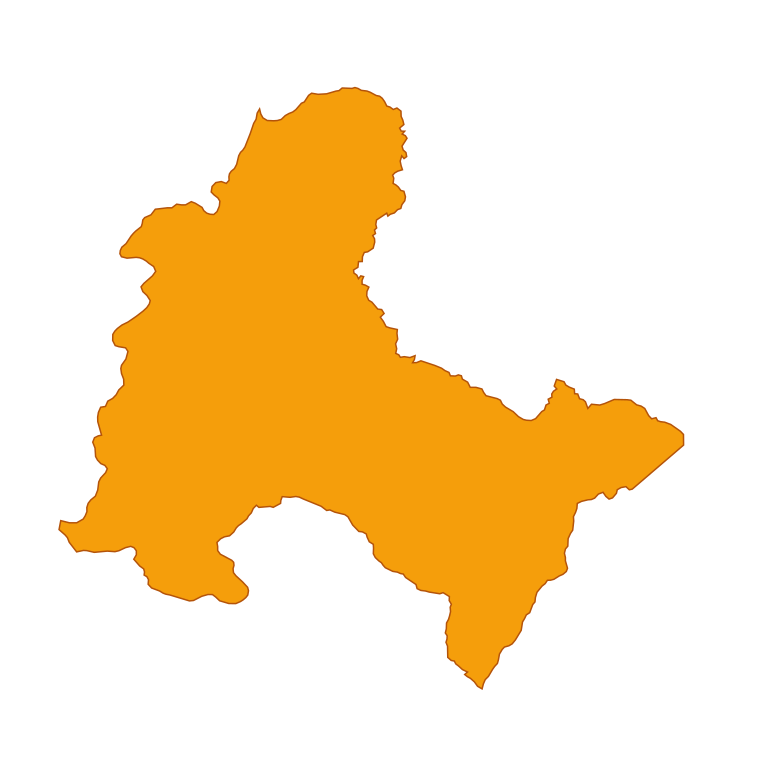 the district of Cocalzinho de Goiás, Goiás, Brazil, rotated 7°
{"feature_id": "56859067B84451242980158", "entity_name": "Cocalzinho de Goiás", "entity_type": "district", "adm_level": 2, "iso_a3": "BRA", "parent_name": "Brazil", "parent_adm1": "Goiás", "projection": "albers", "projection_center": [-48.592, -15.636], "detail": "fine", "context": "isolated", "style": "filled", "palette": "amber", "viewbox_px": 768, "rotation_deg": 7, "n_neighbors": 0, "source": "geoboundaries", "source_scale": "gbopen_adm2", "svg_char_len": 6150}
<svg xmlns="http://www.w3.org/2000/svg" viewBox="0 0 768 768"><g transform="rotate(7 384 384)"><path d="M688.8,408.1L687.4,397.6L684.0,394.8L673.5,389.2L667.3,387.7L663.1,387.7L660.1,387.1L658.1,384.3L653.9,385.9L650.5,383.1L645.8,376.5L641.9,374.6L637.3,373.9L631.0,370.0L627.2,370.0L614.4,371.3L605.4,376.5L600.7,378.6L592.4,378.8L589.3,383.4L586.1,377.1L583.6,375.3L579.9,374.8L577.5,370.3L574.4,370.4L573.5,365.9L568.2,364.5L564.6,362.9L562.4,359.8L554.7,358.4L553.2,365.3L556.1,367.9L553.1,370.5L551.7,373.5L552.3,376.6L548.8,379.1L550.4,383.0L547.4,385.1L546.4,390.2L543.9,392.2L538.7,399.9L534.6,402.3L529.8,402.6L526.5,402.2L521.4,400.0L515.6,395.7L507.4,392.1L503.8,389.5L501.5,385.9L498.1,384.7L486.7,383.2L483.9,380.2L481.8,377.0L475.6,376.1L470.0,376.8L466.8,372.0L461.2,369.6L459.8,366.4L456.7,365.9L453.9,367.4L448.9,367.8L447.1,364.6L442.9,363.3L439.2,361.3L432.2,359.4L417.8,356.5L413.7,358.8L409.8,359.4L411.2,356.0L411.4,352.1L406.5,354.6L400.8,354.4L397.0,355.5L395.1,353.2L391.9,352.2L392.3,347.5L390.6,342.7L392.1,337.8L390.7,332.2L390.6,328.3L382.9,327.6L379.1,326.8L375.8,322.0L372.2,318.1L375.5,314.0L372.6,310.4L368.7,310.4L362.1,304.3L358.6,302.7L356.1,298.6L355.8,294.2L357.2,289.7L353.6,288.2L350.1,287.6L349.6,283.8L350.7,279.9L347.8,279.5L345.8,282.6L343.8,279.3L340.6,277.5L339.9,274.5L343.9,271.3L343.8,265.6L347.5,265.1L347.1,260.3L348.4,255.8L351.7,254.8L356.7,250.5L357.5,244.3L356.9,241.0L354.7,238.0L357.2,235.7L355.8,232.3L357.7,230.0L356.4,226.7L356.6,222.1L365.9,214.1L367.4,216.9L369.5,214.8L373.5,212.9L376.2,209.3L379.3,207.7L379.9,203.8L382.3,199.6L382.5,195.6L380.3,190.3L377.0,189.8L374.3,186.8L371.6,185.0L368.6,183.8L368.6,178.5L367.1,175.7L368.9,173.2L371.7,171.1L376.2,169.1L374.3,165.0L372.9,160.8L373.8,155.4L376.4,157.8L378.8,155.5L377.6,151.6L374.5,149.4L372.9,145.7L376.9,137.3L374.9,134.9L371.6,133.7L373.7,130.6L370.3,130.9L368.3,128.1L372.1,124.0L370.5,119.8L368.4,116.3L367.6,111.1L363.2,108.5L359.7,110.4L356.2,108.4L352.9,107.8L350.2,103.7L347.4,100.6L344.6,98.9L341.1,98.6L334.7,96.1L331.4,95.3L325.7,95.3L322.1,93.8L319.0,93.3L316.3,94.5L306.4,95.3L303.6,98.3L300.7,99.1L291.6,103.0L283.3,104.5L276.7,104.2L274.0,106.7L270.5,113.8L267.8,115.4L263.1,122.4L260.2,125.2L256.7,127.1L253.3,129.6L249.8,133.9L246.0,135.5L242.4,136.2L236.0,136.7L231.4,134.6L228.8,131.0L227.0,126.2L225.1,130.6L224.8,136.8L222.9,141.2L220.7,151.8L217.1,165.7L215.3,169.2L213.4,171.5L212.0,175.1L211.0,183.9L209.3,188.4L206.4,191.5L205.0,194.2L204.8,197.2L205.4,200.7L203.0,204.1L197.8,202.9L192.5,204.6L189.3,208.9L189.1,214.5L192.2,217.0L196.4,219.5L198.8,222.5L198.9,227.5L197.3,233.2L194.4,236.5L190.7,236.7L187.2,236.0L184.0,233.9L181.9,230.9L174.7,227.6L170.5,226.5L165.2,230.4L161.2,230.9L156.3,230.8L152.0,235.0L147.2,235.6L135.7,238.4L132.1,244.5L126.2,248.0L124.6,250.6L124.5,254.2L123.9,257.4L119.0,262.4L117.0,264.9L115.0,267.9L110.9,276.1L107.1,280.2L106.0,283.6L106.0,286.9L107.9,289.7L113.6,290.4L122.6,288.5L126.1,288.5L129.4,289.3L133.2,291.0L136.0,292.9L141.1,295.5L143.7,300.0L141.0,304.9L133.4,313.4L131.0,317.2L133.4,321.7L138.0,325.1L141.8,329.7L141.3,333.2L139.2,337.2L136.0,341.0L129.8,347.1L122.2,353.8L116.7,357.4L112.6,361.4L110.4,364.3L108.8,367.8L109.4,373.9L112.5,378.6L116.2,379.3L123.1,379.6L125.9,382.9L124.8,390.7L121.2,397.4L120.9,400.7L122.2,405.6L125.0,410.9L125.9,416.8L121.5,422.2L119.5,427.3L116.4,431.4L111.9,434.7L110.3,440.2L105.6,441.6L104.0,447.0L103.8,451.7L104.5,456.3L109.9,469.2L106.7,470.3L103.2,472.6L102.0,477.2L105.0,482.8L106.6,491.2L108.9,494.4L112.6,497.5L116.9,498.8L119.7,501.8L118.5,505.9L114.2,511.9L112.8,516.0L112.8,524.1L111.2,530.5L107.1,534.8L104.9,538.5L104.1,542.8L104.7,546.9L103.5,551.3L101.9,554.7L95.9,559.2L88.7,560.1L79.8,559.0L79.2,568.1L85.9,572.7L88.5,575.1L90.9,579.5L99.4,588.1L106.0,585.8L109.4,585.6L116.9,586.4L129.7,583.6L137.4,583.2L141.2,581.8L147.4,577.9L152.4,576.0L155.8,576.9L158.5,579.7L159.0,583.7L157.0,588.4L163.7,594.4L168.0,596.8L169.2,599.7L169.2,602.9L172.1,604.1L174.1,606.9L174.3,611.5L178.2,614.8L186.5,616.8L190.2,618.5L193.1,619.2L197.2,619.5L217.3,623.0L221.3,622.1L229.0,616.9L234.9,614.4L239.4,613.9L243.0,616.0L247.3,619.2L256.8,620.8L263.7,620.0L268.1,617.4L270.5,615.4L272.9,612.8L274.5,610.1L274.7,605.7L273.4,602.4L267.8,597.7L260.4,592.4L257.6,589.6L256.7,585.7L257.2,582.3L256.5,579.3L254.3,577.5L242.3,572.9L239.2,569.6L238.7,565.5L237.5,561.6L240.7,557.5L244.3,555.1L249.2,553.5L252.9,549.2L254.9,544.8L256.8,542.3L259.4,540.0L264.4,534.5L265.6,531.4L268.0,528.1L269.4,523.5L272.1,519.9L274.9,521.7L285.9,519.4L289.1,519.9L295.9,515.1L295.8,512.1L296.7,508.2L304.6,507.9L310.2,506.4L313.7,506.6L318.0,508.0L336.5,513.0L342.5,516.5L345.6,515.6L350.8,517.2L361.0,518.4L364.4,520.2L370.1,527.8L377.0,533.4L380.6,533.4L384.7,535.0L385.9,538.0L388.6,542.4L392.9,544.4L393.6,548.1L394.1,553.8L396.5,557.3L400.4,560.2L403.2,561.7L405.2,564.0L407.7,566.2L415.5,568.9L420.3,569.1L423.4,570.1L426.3,570.3L429.0,573.4L440.2,579.1L441.8,583.1L445.7,584.4L450.4,584.4L454.2,585.0L464.9,585.4L468.1,583.9L474.8,587.0L475.1,591.0L477.7,594.4L476.9,597.5L477.8,601.9L477.3,606.5L476.7,609.8L475.2,613.6L475.7,619.5L475.2,623.6L477.4,626.2L477.6,629.5L477.0,632.8L479.0,636.4L480.6,647.6L484.4,650.2L487.5,650.4L489.4,653.1L492.2,654.7L496.7,657.9L502.0,659.7L499.5,662.5L502.4,664.3L505.6,665.6L510.0,668.6L513.7,672.6L518.5,674.7L519.2,669.5L520.5,665.1L523.3,661.5L526.5,654.1L528.2,650.9L530.6,647.6L531.2,643.6L531.5,638.0L533.7,633.0L535.6,630.4L539.9,628.6L542.9,626.3L545.6,622.0L550.2,611.8L550.5,603.3L552.1,599.7L553.4,595.8L556.5,593.2L558.5,584.8L560.4,581.9L560.3,577.4L561.2,572.1L565.5,565.3L568.3,562.5L570.1,558.9L573.3,558.4L576.5,557.1L581.4,553.1L584.8,551.1L587.8,547.9L588.6,544.5L585.6,537.4L585.2,534.1L583.7,530.0L584.2,525.6L586.2,522.6L585.6,515.0L587.3,509.6L589.1,506.1L589.0,496.9L588.2,492.6L589.8,487.9L590.6,484.0L590.4,479.0L594.4,476.4L600.5,474.1L603.9,473.4L607.0,471.6L610.2,467.1L614.6,464.8L617.9,468.5L621.4,470.8L624.7,469.2L628.0,464.2L628.4,460.5L631.9,457.9L636.7,456.4L640.4,459.1L643.2,458.1L688.8,408.1Z" fill="#f59e0b" stroke="#b45309" stroke-width="1.5"/></g></svg>